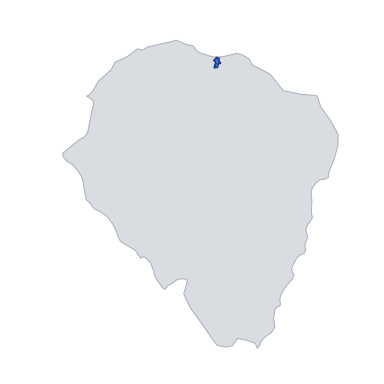 Atlántida, Canelones, Uruguay (highlighted), rotated 191°
{"feature_id": "84410073B77727536029585", "entity_name": "Atlántida", "entity_type": "district", "adm_level": 2, "iso_a3": "URY", "parent_name": "Uruguay", "parent_adm1": "Canelones", "projection": "robinson", "projection_center": [-55.769, -34.694], "detail": "fine", "context": "in_parent", "style": "filled", "palette": "blue", "viewbox_px": 384, "rotation_deg": 191, "n_neighbors": 0, "source": "geoboundaries", "source_scale": "gbopen_adm2", "svg_char_len": 3498}
<svg xmlns="http://www.w3.org/2000/svg" viewBox="0 0 384 384"><g transform="rotate(191 192 192)"><path d="M313.6,266.0L311.2,268.3L308.5,272.5L305.2,282.7L294.6,296.7L292.5,304.6L281.1,312.8L273.0,322.1L267.8,321.9L263.1,325.9L236.0,338.0L226.3,335.7L219.1,335.7L212.5,330.4L197.2,328.5L187.7,330.6L174.8,336.5L171.0,336.4L168.2,336.1L161.3,333.6L157.5,328.5L137.7,322.5L121.7,308.9L102.9,308.7L88.6,310.5L86.3,308.7L84.8,305.2L81.8,300.2L69.3,288.2L59.5,276.3L57.5,264.6L58.7,251.9L61.5,236.9L61.0,232.2L64.6,229.5L68.2,229.0L71.6,225.1L74.6,219.2L75.1,214.8L72.7,206.5L70.9,195.0L68.9,189.3L72.8,180.2L72.9,175.8L70.6,171.9L70.0,168.0L71.0,163.9L70.8,160.0L69.3,156.2L70.3,153.1L74.0,150.6L76.7,146.8L78.4,141.7L79.3,137.8L79.4,135.2L78.2,132.6L76.0,130.2L77.0,125.5L81.3,118.4L84.0,112.1L85.3,106.6L85.2,102.2L83.7,98.8L84.3,96.6L86.9,95.4L88.1,91.8L87.7,82.9L84.9,75.6L86.9,69.8L93.0,63.2L96.1,57.7L96.3,53.6L98.2,51.3L101.1,55.7L109.7,56.9L118.4,57.0L119.8,55.9L123.2,48.6L127.7,46.6L132.6,46.0L137.9,46.4L143.6,51.2L159.8,67.0L171.6,77.9L175.2,83.0L178.3,86.9L180.7,90.5L179.7,99.9L179.8,103.9L180.4,105.1L183.1,105.2L187.1,104.5L190.4,102.6L193.1,99.6L195.6,97.1L197.7,95.8L198.5,93.8L199.7,91.8L200.9,91.3L203.2,92.8L208.7,98.2L213.0,103.1L214.0,106.0L215.7,108.9L217.4,111.5L218.6,114.0L222.8,117.2L227.0,119.3L229.8,117.2L236.9,124.0L252.6,129.7L255.5,133.1L258.2,138.0L263.6,145.4L271.2,152.0L277.3,154.8L283.2,156.4L286.5,157.9L288.7,160.4L292.2,163.2L294.5,164.2L295.3,166.7L297.5,172.0L299.9,178.8L302.5,185.1L308.2,191.2L314.6,195.9L321.2,198.6L324.9,201.9L326.5,205.3L322.0,210.4L317.1,216.8L312.7,221.8L308.3,225.3L306.8,227.8L305.8,231.5L305.7,251.4L305.3,258.8L305.6,260.8L306.2,262.1L309.0,264.1L312.3,265.7L313.6,266.0Z" fill="#d9dde1" stroke="#a8b0b8" stroke-width="1"/><path d="M190.9,328.4L191.0,328.3L191.3,328.3L191.4,328.2L191.5,328.2L191.8,328.2L192.0,328.2L192.1,328.3L192.3,328.3L192.5,328.4L192.6,328.5L192.7,328.8L192.8,328.8L193.0,328.8L193.3,328.8L193.4,328.7L193.5,328.7L193.8,328.6L193.6,328.3L193.6,328.1L193.5,327.8L193.4,327.7L193.6,327.4L193.8,327.3L194.1,327.2L194.4,327.1L194.4,326.9L194.4,326.7L194.5,326.4L194.8,326.3L195.0,326.3L195.3,326.1L195.3,325.9L195.2,325.8L195.2,325.7L195.3,325.7L195.5,325.6L195.7,325.3L195.5,325.2L195.3,325.2L195.0,325.0L194.6,324.9L194.4,324.8L194.5,324.7L194.4,324.6L194.1,324.5L193.9,324.3L193.9,324.1L194.0,324.0L194.0,323.9L193.9,323.7L193.7,323.4L193.4,323.2L193.5,323.1L193.4,323.0L193.3,322.9L193.2,323.0L193.0,322.9L192.9,322.8L192.8,322.7L193.1,322.4L193.0,322.2L193.0,321.9L193.3,321.8L193.5,321.8L193.7,321.7L193.6,321.3L193.6,321.2L193.8,320.9L193.6,320.7L193.5,320.4L193.8,320.2L193.7,320.0L193.7,319.9L193.7,319.7L193.8,319.6L193.5,319.5L193.5,319.4L193.4,319.3L193.5,319.3L193.5,319.2L193.7,318.9L193.7,318.6L193.8,318.5L193.8,318.3L193.8,318.2L193.7,318.2L193.3,318.3L193.2,318.4L192.8,318.5L192.7,318.5L192.2,319.0L191.4,319.0L190.8,319.0L190.8,319.4L190.7,319.9L190.7,320.1L190.6,320.3L190.6,320.7L190.5,321.4L190.6,321.8L190.6,322.1L190.7,322.4L190.7,322.6L190.8,323.0L190.7,323.2L190.2,323.2L190.0,323.3L189.6,323.3L188.7,323.5L188.6,324.0L188.7,324.4L188.9,324.5L189.1,324.6L189.4,324.6L189.9,324.6L190.0,324.6L190.2,324.8L190.2,325.0L190.2,325.3L190.2,325.5L190.2,325.8L190.2,326.0L190.3,326.1L190.5,326.1L190.7,326.3L190.8,326.4L191.0,326.3L191.2,326.5L191.1,326.9L191.2,327.1L190.9,327.3L190.9,327.5L190.8,327.8L190.8,328.0L190.9,328.4Z" fill="#3b82f6" stroke="#1e3a8a" stroke-width="1.5"/></g></svg>